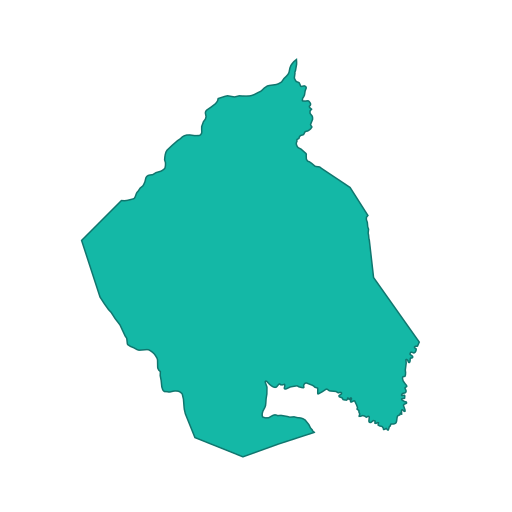 San Antonio de Cortes, Cortés, Honduras (Robinson projection), rotated 9°
{"feature_id": "27666195B17830621331766", "entity_name": "San Antonio de Cortes", "entity_type": "district", "adm_level": 2, "iso_a3": "HND", "parent_name": "Honduras", "parent_adm1": "Cortés", "projection": "robinson", "projection_center": [-87.991, 15.14], "detail": "fine", "context": "isolated", "style": "filled", "palette": "teal", "viewbox_px": 512, "rotation_deg": 9, "n_neighbors": 0, "source": "geoboundaries", "source_scale": "gbopen_adm2", "svg_char_len": 6100}
<svg xmlns="http://www.w3.org/2000/svg" viewBox="0 0 512 512"><g transform="rotate(9 256 256)"><path d="M265.2,55.6L263.0,58.1L261.6,60.4L260.7,62.3L260.1,65.0L259.9,69.5L259.2,71.6L257.8,73.8L255.9,76.3L254.0,80.2L251.2,82.4L249.1,83.5L242.5,85.5L240.6,86.3L237.9,88.8L236.2,91.1L234.9,92.6L232.4,94.3L228.9,96.9L226.5,98.2L224.6,98.9L221.8,99.5L217.7,100.1L214.4,100.4L209.9,102.3L202.8,102.2L200.3,103.2L194.0,106.4L193.8,108.7L193.2,110.1L192.1,112.0L188.5,115.8L184.5,119.6L183.7,121.0L183.6,122.6L184.9,126.2L184.6,128.7L183.1,131.5L182.1,136.6L182.5,139.3L183.0,141.7L183.1,143.1L182.4,144.8L181.8,145.5L180.6,146.0L176.6,146.7L171.8,146.8L168.8,147.3L166.3,148.5L164.6,149.9L162.8,152.2L160.4,154.4L155.9,159.8L151.6,165.4L150.8,167.5L150.5,170.0L150.5,172.7L150.7,175.3L152.0,178.0L152.4,180.6L152.4,183.0L151.9,184.2L150.2,186.0L148.8,187.1L144.2,189.3L141.3,191.8L138.6,192.6L136.9,193.3L135.6,194.6L135.0,196.1L134.7,200.0L133.9,203.0L133.2,204.6L131.0,207.0L129.4,210.5L128.5,211.8L128.1,213.0L127.4,216.5L126.8,218.1L125.6,218.9L120.2,221.2L117.5,222.0L114.4,222.3L81.3,267.9L108.4,321.0L113.8,327.0L118.7,332.0L121.8,334.4L126.7,339.9L132.4,345.3L139.3,355.5L141.2,357.5L142.7,362.9L143.2,363.6L146.0,364.9L149.8,365.8L152.7,366.9L154.5,367.3L155.9,367.2L162.9,365.5L164.6,365.4L166.3,366.0L168.9,367.3L170.8,368.6L172.3,370.1L174.3,372.5L175.0,374.0L176.3,381.3L176.6,382.2L177.9,384.0L179.6,385.1L180.1,389.1L181.8,393.8L183.4,399.9L184.8,402.7L185.8,403.7L186.9,404.2L189.5,403.9L190.7,404.0L192.2,403.8L195.6,402.4L197.4,401.9L200.1,401.7L201.8,402.0L204.2,403.3L204.9,404.2L205.8,406.5L206.7,408.6L208.6,416.5L209.2,418.7L210.9,422.9L224.1,444.9L274.5,456.4L307.2,438.4L341.1,421.1L340.7,420.7L339.3,419.9L338.9,419.5L338.8,419.0L336.7,417.3L334.6,414.3L330.2,410.3L327.9,409.4L326.3,409.1L324.6,409.0L322.3,409.2L318.7,408.9L314.6,409.9L312.2,409.6L305.8,409.5L303.8,409.9L302.5,410.3L301.3,410.0L299.8,409.9L298.7,410.2L297.3,411.0L293.8,413.8L290.7,414.4L288.8,414.2L287.7,413.9L287.0,412.4L286.8,410.5L287.1,408.1L288.4,404.3L288.8,402.3L288.7,399.9L288.3,395.4L288.3,390.6L287.4,384.2L287.1,383.3L284.9,379.3L284.8,378.5L285.1,378.1L285.8,378.0L286.5,378.3L289.4,380.6L291.7,381.9L293.5,382.6L295.0,382.8L296.0,382.6L296.7,382.2L298.4,379.4L299.0,378.7L299.7,378.7L300.3,379.3L301.1,379.3L302.1,379.2L304.2,378.3L304.6,379.0L304.8,380.0L304.6,381.5L304.7,382.4L305.0,382.7L305.8,382.8L306.8,382.4L310.5,379.9L316.4,377.9L317.1,377.8L318.8,378.5L321.9,378.8L323.4,378.7L323.8,378.3L323.3,376.3L323.5,375.3L324.4,374.0L325.6,373.5L331.7,374.8L333.1,375.3L334.7,376.4L337.5,376.8L337.8,377.6L338.4,381.8L338.6,382.4L338.9,382.5L339.6,382.1L342.8,379.6L345.8,376.8L346.5,376.4L347.3,376.5L349.2,377.5L350.1,377.7L356.2,377.3L358.6,378.3L360.5,377.5L361.4,377.5L362.0,378.0L361.9,378.9L360.1,380.6L359.8,381.1L359.9,381.5L360.4,382.1L363.1,382.6L364.5,384.2L366.2,384.3L368.0,384.2L368.5,383.6L368.7,382.9L368.7,382.2L368.9,381.9L369.6,382.1L370.2,383.0L370.7,383.2L371.1,382.8L371.4,381.6L371.9,381.3L372.4,381.5L372.7,382.2L372.1,384.0L372.1,384.8L372.4,385.3L373.1,385.3L375.4,383.7L376.1,383.7L378.6,387.3L379.9,389.7L380.0,390.1L379.8,390.8L379.8,391.5L381.7,392.5L382.2,394.3L383.2,395.8L382.9,397.8L383.0,398.2L384.2,398.0L386.3,396.9L388.3,397.1L390.2,398.0L391.8,396.8L392.4,396.8L392.9,397.1L393.1,397.5L393.3,401.2L393.6,402.1L394.1,402.5L394.9,402.6L395.7,402.3L397.5,400.2L399.3,400.3L399.6,400.8L399.5,402.0L399.6,402.5L400.6,402.6L402.2,401.5L403.0,401.5L403.0,403.3L403.1,403.9L404.7,404.5L406.7,404.6L407.4,404.8L408.8,406.3L408.9,407.0L409.2,407.4L410.4,407.0L411.2,406.1L411.6,405.9L413.1,407.2L413.8,407.2L414.1,406.1L414.3,404.1L414.6,403.4L415.2,402.9L415.4,401.1L416.0,400.8L418.5,400.3L419.8,399.5L420.4,398.8L420.7,397.1L420.6,393.5L420.8,392.1L421.2,391.5L422.9,390.4L423.1,389.0L423.4,388.5L423.8,388.4L424.1,389.3L424.3,389.5L424.6,389.4L423.9,386.1L424.1,385.2L424.4,385.0L424.9,385.0L426.7,386.3L427.5,385.9L427.2,384.6L425.2,380.9L425.0,380.2L425.5,379.3L427.5,378.0L427.7,377.7L427.6,377.2L427.3,376.7L425.4,376.5L423.1,375.6L422.5,375.2L422.2,374.6L422.5,374.0L424.5,373.5L425.0,373.2L424.9,371.3L424.7,370.6L424.2,370.3L422.0,371.1L421.8,371.0L421.5,370.6L421.7,369.8L422.2,368.9L424.6,367.9L425.3,367.0L425.4,366.3L425.2,365.4L424.6,364.4L424.0,363.6L423.8,363.0L424.0,362.6L425.2,361.4L425.3,361.0L424.8,360.2L423.2,358.8L420.8,356.3L419.9,354.2L419.8,353.2L420.1,352.2L421.9,351.6L422.1,351.0L422.2,350.1L422.0,347.8L421.3,345.3L421.1,338.3L420.3,335.0L420.8,334.6L421.5,334.8L422.3,335.4L422.8,336.5L423.3,337.1L423.9,337.3L424.4,336.8L424.6,335.7L424.4,333.6L424.5,332.9L424.9,332.4L425.6,332.5L426.1,332.2L426.5,331.8L426.6,331.3L426.4,330.7L425.8,330.2L423.6,329.1L423.4,328.6L423.5,327.9L423.8,327.2L424.3,326.7L425.1,326.7L426.9,327.1L427.6,326.8L428.3,326.0L428.8,324.6L428.8,322.8L427.0,321.8L426.8,321.1L427.1,320.6L427.6,320.2L428.3,320.0L429.2,320.0L429.6,319.7L430.7,315.5L375.5,258.9L365.4,222.5L364.8,221.2L363.9,217.7L363.2,215.9L363.0,212.0L361.8,209.8L360.7,205.4L359.4,203.0L359.1,201.5L359.1,200.3L360.2,198.5L338.2,173.6L306.7,159.1L305.6,158.4L304.5,158.1L301.7,158.2L300.2,158.1L296.5,155.8L294.0,154.6L292.1,154.2L290.6,152.5L289.9,149.1L289.8,147.8L289.4,147.0L283.8,143.4L280.7,142.4L279.9,141.7L279.1,140.7L278.5,139.6L278.2,138.7L278.2,137.4L278.5,136.5L278.2,135.1L278.3,134.5L280.0,133.2L280.2,131.6L281.0,130.2L281.6,129.8L283.2,129.1L284.0,128.6L285.0,125.7L286.0,125.0L287.4,124.5L288.4,123.7L290.0,122.0L291.0,120.0L290.9,119.6L289.6,118.3L289.3,117.6L290.5,112.2L290.4,111.4L290.1,110.0L289.6,109.0L287.3,106.9L287.0,106.4L286.7,104.3L287.9,102.3L285.9,101.1L285.4,100.4L285.3,99.7L286.1,98.5L286.2,97.9L286.1,97.2L285.6,96.4L284.2,95.0L283.4,94.6L282.4,94.7L280.5,95.3L278.3,95.5L277.7,95.5L277.4,95.1L277.4,92.9L278.2,91.2L278.7,89.4L278.7,85.3L279.3,82.3L279.1,81.4L278.2,80.7L277.0,80.4L274.5,81.4L273.7,81.4L271.6,78.2L270.9,77.9L268.5,77.4L267.2,76.0L266.1,74.4L266.0,73.8L265.9,69.5L265.6,68.5L266.0,66.6L266.1,60.3L265.8,58.2L265.2,55.6Z" fill="#14b8a6" stroke="#0f766e" stroke-width="1.5"/></g></svg>